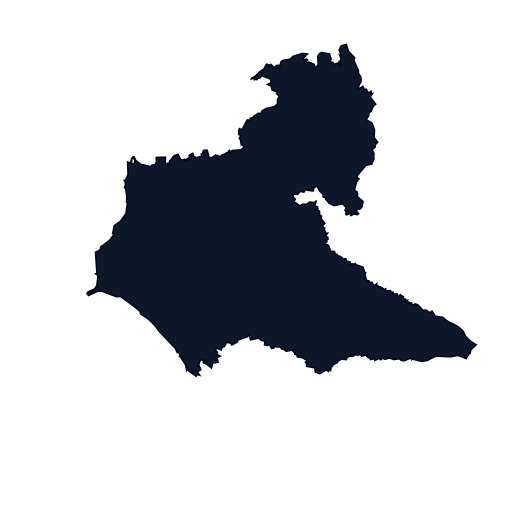 Kendal, Jawa Tengah, Indonesia (Natural Earth projection), rotated 248°
{"feature_id": "22746128B21241240008354", "entity_name": "Kendal", "entity_type": "district", "adm_level": 2, "iso_a3": "IDN", "parent_name": "Indonesia", "parent_adm1": "Jawa Tengah", "projection": "natural_earth1", "projection_center": [110.154, -7.019], "detail": "fine", "context": "isolated", "style": "filled", "palette": "ink", "viewbox_px": 512, "rotation_deg": 248, "n_neighbors": 0, "source": "geoboundaries", "source_scale": "gbopen_adm2", "svg_char_len": 6153}
<svg xmlns="http://www.w3.org/2000/svg" viewBox="0 0 512 512"><g transform="rotate(248 256 256)"><path d="M180.3,219.5L178.7,228.2L176.0,228.9L173.6,232.4L170.4,230.6L168.6,233.1L169.0,235.1L164.3,235.9L164.0,237.9L165.2,240.1L163.8,241.0L162.6,244.4L159.9,245.1L159.5,246.6L156.3,248.2L154.9,255.8L153.7,254.5L152.0,255.6L150.3,255.1L149.3,256.9L147.1,256.5L144.5,260.7L140.8,263.7L139.5,263.5L139.2,262.0L137.1,262.6L134.8,261.4L130.5,268.3L126.1,267.6L122.9,271.0L123.9,277.4L123.6,279.2L121.9,279.8L123.3,281.7L121.9,282.3L126.0,284.6L124.9,285.5L126.4,286.9L126.6,291.5L127.7,292.2L128.4,297.0L126.1,300.7L127.8,302.6L128.0,305.5L126.5,308.4L127.4,310.8L125.6,314.1L126.1,315.8L123.5,316.3L123.1,320.5L119.8,321.9L118.6,323.6L117.1,323.4L116.3,327.7L114.7,327.1L114.9,331.5L113.0,332.9L113.7,334.8L111.8,337.2L111.5,341.4L108.3,345.0L107.0,350.3L104.8,351.5L103.3,354.2L103.3,361.5L101.5,361.5L101.8,362.4L95.9,370.5L95.0,376.1L95.8,385.2L89.7,398.4L88.1,406.1L82.1,412.5L85.4,416.6L85.5,418.0L88.7,420.3L91.2,426.9L96.3,423.2L102.9,420.3L109.1,419.8L115.2,416.7L123.9,409.1L129.3,406.1L133.0,399.8L139.0,398.6L138.3,395.9L142.0,393.7L143.2,390.5L150.0,387.8L150.0,386.6L150.8,387.0L152.2,385.4L151.5,384.3L152.1,382.7L154.2,382.6L154.0,380.8L154.6,380.2L155.2,381.2L157.1,379.0L158.3,380.0L158.5,377.4L159.9,378.4L161.7,376.4L162.7,377.5L166.1,375.2L165.4,373.8L166.4,372.4L167.8,372.8L170.0,368.2L171.1,369.6L171.7,367.7L173.5,367.8L175.4,363.2L177.0,364.0L177.0,362.2L179.6,361.0L178.7,360.1L179.5,359.2L181.0,359.8L181.9,357.7L183.2,357.9L183.2,355.8L185.0,357.3L184.2,354.3L188.3,353.6L188.8,351.3L190.6,351.5L192.2,349.3L198.0,350.2L199.5,351.5L200.6,350.7L205.6,351.1L210.4,345.5L212.0,345.1L211.3,343.8L212.6,342.8L213.1,340.0L215.1,341.2L217.4,338.0L220.0,338.3L220.4,336.0L223.9,334.2L226.3,331.3L227.0,332.0L227.9,330.2L230.8,330.5L232.4,327.1L238.7,327.2L240.8,325.0L242.3,325.2L242.8,327.2L244.4,327.3L244.5,329.1L246.7,329.6L248.6,328.0L250.3,331.0L251.0,329.1L252.9,329.6L255.1,328.5L255.9,330.3L257.9,328.9L259.7,329.8L260.3,332.1L266.5,330.4L268.4,331.8L270.5,330.5L273.8,331.7L275.4,330.4L276.5,331.0L276.6,329.7L275.3,329.1L276.8,328.1L278.3,331.5L280.8,329.3L284.8,332.8L283.6,330.3L286.0,325.9L285.1,322.2L286.5,318.7L286.3,315.3L290.7,312.6L291.1,310.8L294.2,313.9L296.8,312.6L299.4,313.6L297.5,317.6L299.3,321.3L297.2,324.3L299.5,327.4L297.8,328.0L294.8,333.5L295.6,334.2L297.3,333.0L297.3,336.4L299.3,337.0L296.7,339.0L292.4,339.3L287.9,341.2L285.4,340.4L283.7,342.6L282.8,341.8L277.4,343.6L273.5,347.2L271.7,356.0L267.4,357.6L264.9,355.6L263.0,356.5L261.6,354.9L260.3,355.2L260.0,360.2L259.0,360.4L257.9,358.3L258.2,362.8L256.3,365.3L256.8,367.1L259.8,365.9L261.3,367.2L260.6,370.3L262.1,372.9L266.4,375.7L273.6,372.1L275.6,373.7L277.7,373.7L279.7,372.1L281.5,373.0L286.7,376.8L289.0,380.5L291.0,379.2L292.5,379.7L298.8,391.9L297.9,397.7L301.4,401.5L307.1,403.8L311.3,403.5L312.2,407.2L314.4,408.2L315.9,411.5L321.5,409.9L328.6,413.2L335.8,413.3L340.6,409.8L341.8,410.0L343.6,413.0L346.5,414.4L346.9,416.9L350.9,420.8L351.9,423.9L360.5,421.5L362.8,424.7L362.8,423.7L365.6,424.4L365.2,420.9L369.3,420.8L370.0,418.9L373.3,418.7L372.3,413.1L375.9,415.6L378.1,418.6L382.4,420.3L387.2,419.5L389.6,420.5L401.0,420.0L402.7,421.8L411.0,418.5L418.4,419.0L419.0,413.5L415.8,410.2L409.9,410.2L411.3,408.8L406.3,408.8L405.9,407.3L402.3,407.7L404.6,405.9L399.3,405.6L404.2,404.4L404.6,400.2L406.7,399.8L408.9,397.2L410.1,399.4L416.0,399.9L420.2,392.9L420.0,390.8L418.1,388.0L410.1,385.3L407.3,380.1L408.9,381.5L412.2,381.6L416.0,377.7L416.4,373.4L418.6,377.2L419.8,376.6L420.0,373.7L421.6,373.7L422.8,376.8L423.8,376.2L423.7,380.0L426.5,375.0L427.3,365.3L425.8,361.3L427.3,354.6L427.0,352.3L423.8,349.6L425.0,346.8L424.1,343.4L424.5,341.8L425.7,342.8L428.2,341.5L427.8,338.0L429.0,338.9L429.9,337.8L426.4,333.1L425.5,328.3L423.0,322.7L422.5,318.6L421.9,318.0L421.7,320.4L419.9,320.5L420.1,322.4L419.1,322.9L420.3,324.5L419.6,326.5L420.9,328.9L414.7,335.6L411.2,335.1L410.7,330.8L407.9,333.6L404.1,333.0L399.1,337.8L398.6,335.9L395.5,337.5L393.0,334.4L389.0,332.9L387.6,328.9L389.0,320.9L388.4,316.2L385.8,313.0L387.5,312.1L386.4,306.2L385.5,306.0L386.0,302.2L384.2,301.4L385.5,298.8L378.4,290.3L380.3,288.5L379.0,287.0L375.0,285.6L373.4,287.1L371.4,284.5L369.7,285.1L364.5,283.9L363.8,285.3L361.4,285.7L360.1,281.8L362.8,273.4L361.6,271.4L363.9,271.0L363.7,269.9L361.8,269.5L362.8,268.3L362.1,264.1L362.6,263.2L361.5,259.9L364.7,256.5L363.8,251.7L364.8,249.4L372.5,250.4L373.5,247.9L373.1,246.1L370.9,244.9L371.1,243.4L369.0,242.7L369.6,237.5L371.9,235.7L375.0,235.8L374.4,232.1L373.9,232.8L372.7,230.8L371.8,231.7L371.5,230.0L370.2,229.6L370.7,228.3L371.9,228.6L371.7,227.3L370.3,226.7L370.8,225.7L372.5,226.0L373.0,222.5L379.6,221.7L379.6,217.4L376.5,211.8L373.6,209.7L375.0,209.4L375.3,206.3L381.5,209.1L384.6,201.2L384.7,200.4L379.5,198.5L379.8,197.7L378.4,197.1L379.3,193.4L378.2,192.1L384.2,183.6L389.6,180.3L393.7,180.2L393.9,179.4L393.2,177.4L390.2,175.3L389.9,176.0L392.7,177.4L392.7,179.1L390.1,179.5L386.8,177.4L391.3,172.1L379.6,167.9L375.0,163.2L375.4,162.2L374.2,162.7L370.8,161.5L368.6,159.6L367.8,160.4L359.6,158.6L354.5,156.1L353.7,156.8L344.1,151.3L339.0,143.2L337.3,135.9L330.5,131.5L329.4,132.5L325.7,126.7L322.4,115.1L320.9,114.9L319.7,111.5L319.7,108.6L299.7,102.0L299.6,100.6L297.0,102.1L288.2,97.3L286.0,94.0L285.6,86.6L284.4,85.1L282.1,85.9L282.6,95.7L281.4,99.5L270.7,111.1L269.0,115.4L252.7,125.3L247.9,127.7L245.6,127.2L238.1,132.4L230.1,136.0L222.6,137.9L200.5,146.6L196.0,146.8L196.1,147.9L194.1,148.3L191.5,148.2L191.3,146.7L191.4,147.7L189.4,149.4L189.2,148.4L181.7,149.9L176.3,148.9L177.9,150.3L177.3,151.3L175.6,149.9L166.9,155.5L168.2,157.0L166.5,159.2L170.7,158.2L171.1,162.3L175.4,162.2L175.5,161.2L180.4,165.4L178.5,169.1L177.7,167.5L176.4,167.5L174.7,169.5L168.8,172.7L172.8,175.8L171.6,181.1L176.5,181.9L176.5,185.4L179.2,183.1L181.0,184.3L183.9,183.3L185.0,184.1L184.6,185.8L181.8,188.6L183.9,190.3L183.8,192.8L187.0,196.3L185.3,198.8L185.6,200.1L182.7,200.0L182.5,201.2L183.3,206.6L184.9,207.6L184.3,217.4L185.1,219.9L180.3,219.5Z" fill="#0f172a" stroke="#020617" stroke-width="1.5"/></g></svg>